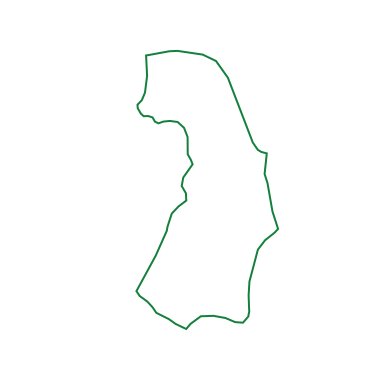 the Province of Loroum, rotated 41°
{"feature_id": "BFA-2822", "entity_name": "Loroum", "entity_type": "Province", "adm_level": 1, "iso_a3": "BFA", "parent_name": "Burkina Faso", "parent_adm1": "", "projection": "robinson", "projection_center": [-2.181, 13.899], "detail": "fine", "context": "isolated", "style": "outline", "palette": "green", "viewbox_px": 384, "rotation_deg": 41, "n_neighbors": 0, "source": "natural_earth", "source_scale": "10m", "svg_char_len": 933}
<svg xmlns="http://www.w3.org/2000/svg" viewBox="0 0 384 384"><g transform="rotate(41 192 192)"><path d="M214.0,117.0L218.0,116.3L223.1,113.8L235.0,130.8L243.2,135.8L265.5,153.9L281.2,163.4L281.0,168.5L278.8,180.4L279.5,192.2L294.1,221.9L302.5,232.8L311.9,242.9L313.5,244.5L316.2,249.1L316.2,257.2L309.9,261.9L300.0,265.1L289.4,271.4L280.2,280.0L277.4,292.5L277.5,299.2L266.3,302.3L258.0,303.1L244.3,306.6L238.0,304.9L230.3,304.0L220.7,304.8L215.1,303.3L206.4,263.9L198.4,237.7L196.4,234.5L190.9,221.6L191.3,211.7L193.3,202.2L188.3,197.0L180.3,194.2L175.9,186.8L174.3,170.7L170.1,168.5L164.0,166.3L152.6,153.4L143.9,148.8L135.2,148.6L128.8,152.8L124.2,157.6L121.6,162.2L117.9,163.2L113.3,161.6L109.1,163.4L105.8,166.5L102.0,166.4L96.1,164.4L93.6,161.9L93.9,155.6L91.3,147.8L81.9,133.8L67.8,119.1L82.6,100.6L88.5,95.0L109.9,81.3L124.2,77.4L144.1,82.2L205.5,114.8L214.0,117.0Z" fill="none" stroke="#15803d" stroke-width="2"/></g></svg>